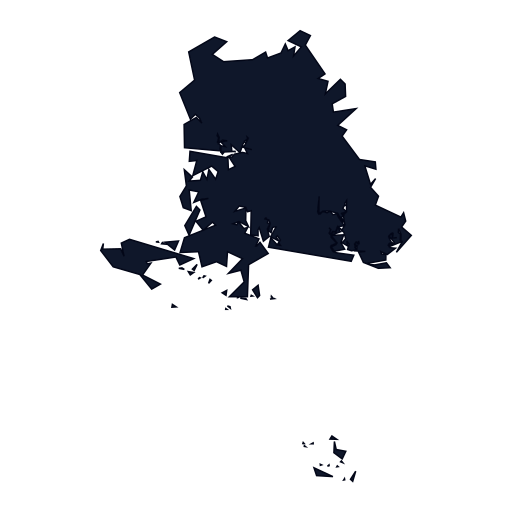 the district of San Lorenzo, Chiriquí, Panama
{"feature_id": "35544464B69995284434654", "entity_name": "San Lorenzo", "entity_type": "district", "adm_level": 2, "iso_a3": "PAN", "parent_name": "Panama", "parent_adm1": "Chiriquí", "projection": "albers", "projection_center": [-82.13, 8.214], "detail": "fine", "context": "isolated", "style": "filled", "palette": "ink", "viewbox_px": 512, "rotation_deg": 0, "n_neighbors": 0, "source": "geoboundaries", "source_scale": "gbopen_adm2", "svg_char_len": 6145}
<svg xmlns="http://www.w3.org/2000/svg" viewBox="0 0 512 512"><path d="M370.5,184.3L364.8,165.8L375.9,169.2L375.3,161.9L359.5,159.5L342.1,136.1L346.6,129.8L337.7,125.4L356.1,108.6L333.4,112.1L332.2,103.8L345.6,96.4L345.1,84.0L340.4,79.3L325.3,93.9L328.0,81.3L318.1,78.5L325.0,73.9L305.3,45.1L310.4,35.6L300.1,30.7L288.1,40.6L301.4,46.9L293.5,56.1L295.0,46.9L288.1,50.7L285.3,44.0L281.0,53.0L267.5,58.0L265.6,52.1L252.6,59.7L223.6,61.7L212.3,54.4L226.7,41.7L214.6,37.0L188.7,51.9L194.6,80.1L179.7,92.6L190.4,119.1L195.4,114.3L199.5,118.0L201.8,123.2L196.3,117.5L184.1,124.5L184.5,147.7L219.8,150.8L220.4,145.3L217.4,142.2L218.7,137.7L217.1,135.8L217.6,134.0L219.3,137.6L218.6,143.2L222.5,140.1L227.3,140.8L221.0,142.1L225.3,146.6L221.3,145.8L220.8,152.1L231.9,151.6L231.2,144.6L240.0,152.6L243.0,143.9L244.5,141.3L247.7,138.7L247.2,137.1L248.4,138.1L243.7,147.4L251.9,149.7L244.7,147.9L247.5,153.6L242.6,152.4L234.3,154.2L232.1,157.1L229.3,157.5L235.1,166.4L228.4,169.7L227.9,157.9L190.0,151.3L189.3,161.3L196.8,160.5L192.8,175.6L211.7,166.1L218.2,171.6L215.6,179.2L208.9,169.5L206.9,179.4L202.8,171.9L200.4,180.3L189.1,181.1L192.4,177.1L184.3,169.7L186.4,185.9L179.9,196.5L183.3,207.7L191.2,210.6L189.2,190.0L198.8,191.8L193.8,202.4L201.7,199.2L208.5,198.4L200.7,200.5L206.0,216.8L196.0,221.3L203.2,230.2L212.5,222.2L215.7,225.2L184.5,237.7L180.1,252.5L198.5,251.7L202.0,266.8L216.5,261.7L226.5,266.4L227.5,251.7L242.5,258.7L228.4,273.4L240.9,270.2L244.2,281.9L229.4,296.7L247.4,296.7L248.6,264.7L268.2,253.5L260.0,242.3L256.7,246.1L255.7,246.0L259.0,238.9L244.7,233.2L247.6,227.6L243.8,228.5L238.6,222.0L236.8,224.9L232.9,223.8L239.0,221.5L248.5,226.6L245.7,220.7L245.9,208.0L234.7,211.4L239.2,206.0L245.7,207.3L247.6,211.7L251.2,210.7L250.7,234.7L258.1,235.8L258.0,229.9L259.2,227.6L263.4,241.2L269.2,236.5L267.3,229.0L269.9,223.5L267.5,223.0L267.4,222.1L268.5,219.9L265.1,219.0L265.2,218.3L266.7,217.5L265.2,218.9L268.8,219.8L270.1,223.4L268.3,230.7L271.1,232.6L272.6,227.6L274.3,226.9L276.0,227.1L270.7,236.7L279.3,241.3L276.3,237.5L276.3,236.7L277.4,235.8L280.4,240.1L277.4,244.4L279.3,243.6L280.5,245.4L277.5,245.1L270.8,237.9L268.5,247.2L351.2,261.3L353.8,255.2L335.8,252.7L332.9,251.5L330.5,247.0L331.2,245.5L336.6,243.3L331.2,237.3L331.1,235.2L340.6,231.7L338.5,229.1L337.8,226.9L335.9,231.9L334.8,232.1L332.7,231.7L331.9,233.7L329.7,234.0L329.2,233.0L330.7,229.7L329.0,227.7L330.8,229.5L329.4,233.4L330.9,233.8L332.6,231.5L335.7,231.7L337.4,226.8L344.2,225.7L337.5,215.8L337.7,213.7L332.9,214.7L330.1,211.3L327.1,212.8L322.6,211.5L320.6,213.8L319.3,214.1L318.1,213.1L317.6,212.0L319.2,196.3L319.0,213.8L322.6,211.2L329.1,210.9L337.5,213.2L343.7,222.5L341.6,217.2L343.1,215.5L341.5,213.6L342.0,213.1L342.9,213.1L343.9,214.2L343.9,212.6L346.3,211.7L342.8,208.3L344.3,205.7L345.6,205.4L344.8,204.4L344.8,203.3L346.6,200.6L346.5,212.0L343.9,214.6L341.8,213.6L343.4,215.8L344.9,224.8L341.7,230.7L343.8,232.0L345.7,238.8L342.2,242.7L347.7,246.0L346.7,240.8L349.1,244.0L347.6,249.5L351.6,250.8L356.5,249.8L355.0,247.5L356.7,246.0L355.0,246.1L354.5,244.0L356.2,241.9L358.2,242.7L358.5,243.9L358.6,240.8L359.1,243.7L358.1,244.2L356.3,242.2L354.8,244.0L357.0,245.9L356.8,249.7L353.9,250.8L365.4,251.4L358.6,252.1L363.4,262.4L378.3,268.3L390.1,267.7L386.4,262.8L374.9,264.9L369.7,264.5L368.5,263.1L385.8,260.0L385.9,254.5L381.5,254.1L380.8,251.5L387.3,254.5L395.5,248.2L390.1,247.7L388.2,245.2L389.5,243.3L393.7,243.7L391.1,241.9L388.6,236.9L388.9,235.8L391.4,233.4L392.7,233.2L393.2,233.7L392.4,238.0L396.9,237.6L392.3,238.2L392.4,233.4L389.1,236.0L394.4,242.5L393.9,243.9L393.0,244.8L389.2,243.9L389.3,246.6L401.5,241.7L400.2,240.2L400.5,234.1L398.3,232.5L398.6,228.4L401.0,234.2L400.9,240.2L402.2,241.7L396.4,252.3L411.3,235.4L401.6,227.0L405.7,221.1L403.6,212.8L400.9,217.1L375.3,205.1L378.5,196.2L370.5,187.3L375.6,178.6L370.5,184.3ZM129.5,239.3L121.3,243.1L124.1,256.4L120.6,248.8L102.7,249.2L103.4,243.5L100.7,250.5L113.2,266.8L139.8,274.5L151.7,289.1L160.4,284.1L142.5,275.0L150.9,263.1L147.3,263.8L146.2,261.5L175.9,257.0L179.8,265.0L193.7,258.6L129.5,239.3ZM199.9,210.0L196.4,206.4L184.8,225.6L189.1,235.2L199.9,210.0ZM343.7,234.8L331.3,235.5L337.0,242.8L336.1,244.6L331.2,246.9L334.5,251.2L344.7,249.2L340.9,242.8L343.7,234.8ZM178.5,241.0L164.9,242.2L174.6,250.0L178.5,241.0ZM332.9,476.6L314.0,467.8L316.6,475.6L332.9,476.6ZM334.4,441.5L333.9,452.7L342.2,458.9L345.8,451.3L336.2,449.5L334.4,441.5ZM258.1,285.3L252.6,289.8L257.5,297.7L259.6,295.5L258.1,285.3ZM352.7,481.3L355.7,471.2L350.5,479.3L352.7,481.3ZM336.7,439.3L331.9,436.0L330.0,439.1L336.7,439.3ZM176.2,306.9L172.4,304.4L171.9,307.2L176.2,306.9ZM193.7,272.5L188.3,271.6L190.3,274.9L193.7,272.5ZM197.1,264.4L192.4,269.1L194.2,270.4L197.1,264.4ZM226.0,295.3L226.7,290.4L222.2,292.8L226.0,295.3ZM228.6,157.0L232.7,154.3L227.7,156.5L228.6,157.0ZM184.3,269.4L182.0,267.9L178.8,268.3L184.3,269.4ZM208.6,283.3L211.3,280.4L210.0,279.4L208.6,283.3ZM245.9,298.6L240.3,298.2L246.5,299.5L245.9,298.6ZM202.7,277.8L205.1,276.1L204.0,275.8L202.7,277.8ZM164.7,244.1L162.4,242.5L161.6,243.8L164.7,244.1ZM338.8,228.5L341.6,229.6L339.0,227.6L338.8,228.5ZM230.0,306.7L227.4,305.9L230.3,308.2L230.0,306.7ZM235.0,151.3L232.4,151.4L235.1,151.7L235.0,151.3ZM342.8,462.7L341.4,460.9L340.6,461.8L342.8,462.7ZM223.6,152.8L221.4,152.7L222.4,154.2L223.6,152.8ZM272.7,297.7L271.4,296.2L271.3,297.0L272.7,297.7ZM198.2,279.2L200.2,277.9L199.4,277.6L198.2,279.2ZM273.7,298.3L270.0,299.1L274.3,298.6L273.7,298.3ZM336.8,466.8L338.1,466.6L337.3,465.9L336.8,466.8ZM158.1,241.4L155.9,241.9L158.5,242.2L158.1,241.4ZM320.4,465.3L321.6,464.9L320.3,464.3L320.4,465.3ZM242.2,147.5L243.4,146.4L242.9,145.5L242.2,147.5ZM311.5,443.8L313.2,443.8L313.1,442.9L311.5,443.8ZM237.5,297.7L239.1,297.2L237.5,297.1L237.5,297.7ZM327.5,466.2L329.1,465.7L329.0,464.9L327.5,466.2ZM302.9,443.5L304.1,443.5L303.2,442.5L302.9,443.5ZM252.6,296.0L251.3,295.3L251.0,296.2L252.6,296.0ZM304.3,446.4L305.5,446.6L304.4,445.7L304.3,446.4ZM225.7,309.3L226.8,309.3L225.8,308.6L225.7,309.3ZM343.7,480.0L344.7,479.8L344.5,478.7L343.7,480.0ZM245.7,142.6L244.6,141.7L244.6,142.1L245.7,142.6Z" fill="#0f172a" stroke="#020617" stroke-width="1.5"/></svg>